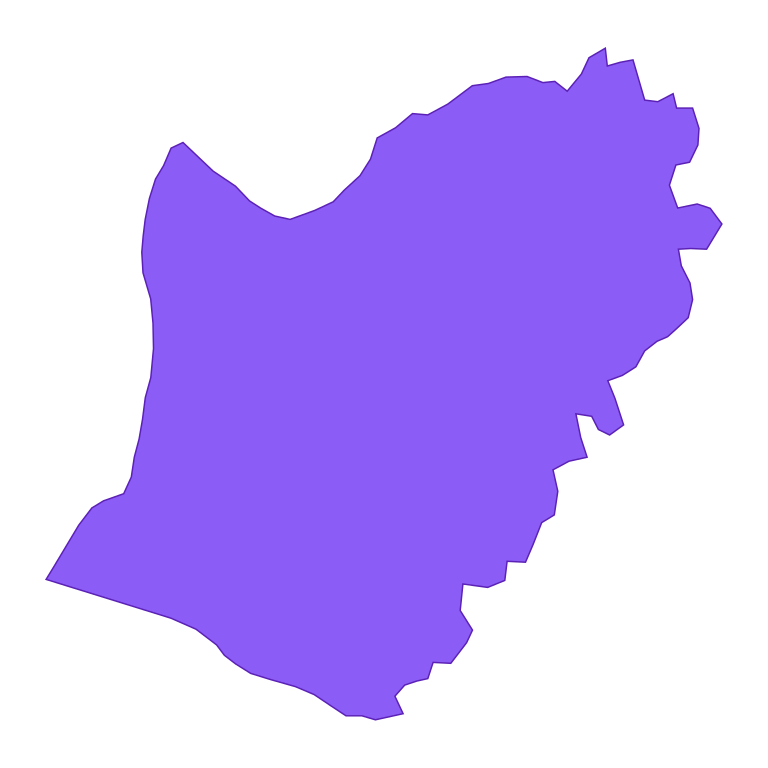 outline of Prado Ferreira, Paraná, Brazil
{"feature_id": "56859067B46889814534801", "entity_name": "Prado Ferreira", "entity_type": "district", "adm_level": 2, "iso_a3": "BRA", "parent_name": "Brazil", "parent_adm1": "Paraná", "projection": "equal_earth", "projection_center": [-51.389, -23.027], "detail": "fine", "context": "isolated", "style": "filled", "palette": "violet", "viewbox_px": 768, "rotation_deg": 0, "n_neighbors": 0, "source": "geoboundaries", "source_scale": "gbopen_adm2", "svg_char_len": 1612}
<svg xmlns="http://www.w3.org/2000/svg" viewBox="0 0 768 768"><path d="M605.3,48.2L589.0,57.7L581.4,74.0L567.2,91.2L554.8,81.4L542.9,82.6L527.1,76.5L506.0,77.1L488.4,83.5L472.3,85.7L447.8,104.1L427.8,114.9L412.5,113.6L395.5,127.8L377.2,137.9L370.5,159.1L360.0,175.7L344.2,190.2L333.2,201.8L314.8,210.4L290.1,219.4L274.7,216.0L260.5,208.0L249.5,200.9L235.5,186.2L213.1,171.1L183.0,142.5L171.1,148.1L163.6,165.6L155.5,179.1L149.4,198.5L145.2,219.4L143.2,235.9L141.8,252.2L143.0,272.8L150.7,298.9L153.0,323.2L153.5,348.7L150.8,377.6L145.3,397.6L142.5,419.4L139.1,439.0L134.3,457.2L131.3,477.1L123.7,493.7L103.6,500.8L91.9,507.9L78.8,525.1L61.9,553.3L53.2,567.8L46.1,579.4L170.7,618.1L196.0,629.2L216.6,644.9L224.4,655.3L235.6,663.9L250.7,673.4L270.7,679.6L295.4,686.6L314.2,694.6L330.7,705.7L346.0,715.8L361.9,715.8L375.4,719.8L403.1,713.7L394.9,696.2L404.7,685.1L416.6,681.1L427.8,678.6L433.1,662.4L450.8,663.3L466.6,642.7L472.5,630.1L460.2,610.5L462.9,584.0L487.7,587.4L504.8,580.4L507.1,561.3L525.5,562.2L533.0,544.7L541.7,522.6L554.3,514.9L557.8,491.3L553.0,469.8L569.0,461.2L587.1,457.2L580.7,437.5L575.9,413.8L591.7,416.3L598.4,429.5L609.6,435.0L623.6,424.9L614.9,398.2L607.8,380.7L622.4,375.4L635.9,366.8L644.7,350.9L657.0,341.3L667.6,336.7L676.5,328.7L688.2,317.7L692.6,299.6L690.0,283.0L681.3,265.8L678.4,249.2L690.7,248.5L706.6,249.2L721.9,224.0L710.2,208.3L697.2,204.0L677.7,208.0L669.4,185.2L675.9,165.0L689.6,162.2L697.9,145.0L699.0,128.4L692.6,108.1L676.6,108.1L673.1,93.7L657.8,101.7L644.7,100.1L633.0,59.9L620.2,62.3L607.3,66.0L605.3,48.2Z" fill="#8b5cf6" stroke="#5b21b6" stroke-width="1.5"/></svg>